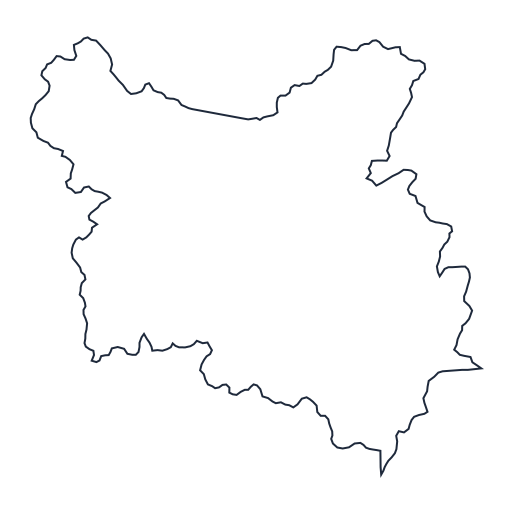 Cachoeiro de Itapemirim, Espírito Santo, Brazil (Albers equal-area conic projection)
{"feature_id": "56859067B37566088489442", "entity_name": "Cachoeiro de Itapemirim", "entity_type": "district", "adm_level": 2, "iso_a3": "BRA", "parent_name": "Brazil", "parent_adm1": "Espírito Santo", "projection": "albers", "projection_center": [-41.196, -20.779], "detail": "fine", "context": "isolated", "style": "outline", "palette": "slate", "viewbox_px": 512, "rotation_deg": 0, "n_neighbors": 0, "source": "geoboundaries", "source_scale": "gbopen_adm2", "svg_char_len": 4938}
<svg xmlns="http://www.w3.org/2000/svg" viewBox="0 0 512 512"><path d="M37.8,137.7L43.5,141.0L48.0,142.7L50.4,145.9L53.9,148.2L58.1,149.0L63.0,151.0L61.8,155.9L65.4,156.8L69.9,160.0L73.5,164.3L72.1,169.6L70.8,173.4L70.6,178.6L66.0,181.9L67.5,187.3L71.4,189.1L75.3,192.9L80.9,192.0L84.0,187.5L88.8,186.5L91.6,189.3L94.7,191.1L98.1,191.7L102.0,192.6L106.6,195.0L110.0,198.0L104.6,201.5L100.7,203.5L97.9,207.5L94.2,210.4L90.9,213.0L88.7,216.0L89.4,219.6L93.3,221.7L97.1,224.3L92.0,227.7L91.6,231.7L89.1,234.6L86.3,237.4L82.6,239.6L79.0,237.4L75.9,239.6L73.3,244.6L72.2,248.2L71.6,252.7L72.8,258.3L76.5,262.7L80.1,267.5L81.3,272.1L84.5,274.9L85.4,279.4L81.8,283.1L80.7,287.2L80.6,290.8L79.7,294.7L83.2,298.1L84.9,302.7L85.5,306.4L83.5,309.9L83.6,314.2L85.6,318.7L87.1,323.3L86.5,329.5L85.4,334.0L85.3,338.7L84.5,343.1L85.8,346.6L89.5,349.2L93.4,350.8L94.0,355.0L91.7,360.7L96.4,362.1L99.5,360.5L101.2,356.1L105.1,355.3L108.7,355.1L110.5,351.9L111.8,348.4L117.7,347.0L124.1,348.8L127.4,353.8L132.3,354.8L135.8,354.8L138.5,352.0L139.5,347.0L139.5,342.8L141.6,337.3L144.0,333.9L146.8,338.8L149.5,342.6L151.5,346.8L152.3,350.7L157.5,350.1L162.4,350.7L167.3,349.1L170.8,347.2L172.7,343.4L175.5,345.9L179.0,347.3L185.1,347.4L190.4,346.2L193.8,344.2L196.8,340.8L202.7,343.2L207.5,342.5L209.6,346.4L211.9,350.2L210.1,354.1L206.6,356.3L204.1,359.8L201.6,364.4L200.1,370.3L203.8,374.1L205.3,379.4L207.9,384.4L212.2,386.2L215.1,388.2L219.0,387.4L222.5,384.9L226.2,384.5L229.4,387.6L229.3,392.6L232.7,394.3L236.6,394.9L240.8,391.8L244.8,389.8L248.2,389.8L250.8,386.8L253.6,384.4L257.0,385.4L260.3,389.2L262.5,396.4L268.1,398.1L272.5,401.5L275.8,403.2L280.9,402.3L285.3,404.6L289.2,405.2L293.3,407.4L297.5,404.4L301.8,398.7L306.6,397.3L309.9,399.3L313.0,401.8L316.6,405.6L317.3,412.0L320.7,415.8L325.1,415.8L328.3,419.3L329.2,423.5L330.6,427.5L332.2,431.4L332.4,435.5L331.2,438.9L332.9,443.5L337.3,447.5L342.7,448.5L349.0,447.3L354.6,443.5L360.4,442.9L363.5,444.9L366.0,447.7L369.4,448.9L372.8,449.5L376.7,450.1L380.4,450.8L380.5,458.4L380.6,467.1L381.2,474.6L383.4,470.7L384.7,467.1L386.4,463.9L388.4,460.7L391.6,457.4L394.9,453.2L396.4,449.2L397.2,441.4L396.2,435.8L398.8,431.2L404.0,432.4L408.6,428.9L409.7,424.8L411.6,420.0L414.1,416.8L419.0,415.0L424.4,413.8L427.5,411.8L425.7,406.5L424.4,402.8L423.4,398.2L427.1,391.3L427.6,386.7L428.7,380.9L434.2,376.8L438.3,372.6L442.6,371.3L461.6,369.9L467.6,369.9L481.3,368.4L477.2,365.5L472.4,362.3L470.5,357.0L464.0,355.8L459.8,354.8L457.3,352.2L454.2,349.7L456.5,345.1L457.6,339.3L460.0,333.6L462.1,330.2L462.2,325.9L465.6,323.2L469.1,318.9L470.6,314.8L472.1,310.6L469.4,306.0L464.2,301.1L464.1,296.3L466.1,291.7L467.8,285.4L469.0,281.5L469.9,277.5L469.5,273.4L468.0,269.3L465.2,266.6L461.4,266.6L457.1,266.9L452.3,267.2L448.4,267.2L444.6,268.9L442.3,272.5L439.7,276.3L437.9,272.1L436.9,266.4L438.8,261.6L440.1,256.5L439.9,251.5L442.5,247.9L444.3,244.5L447.3,241.7L449.5,237.2L449.4,233.5L452.1,231.3L451.2,226.5L446.9,224.1L442.7,223.5L439.2,222.7L435.7,222.3L430.2,220.4L426.7,216.4L424.5,211.6L424.6,207.0L421.6,205.3L417.5,202.9L415.5,196.0L409.7,193.8L407.9,189.6L409.4,185.9L412.4,182.1L415.6,178.8L416.4,174.2L411.4,170.6L407.9,170.0L403.6,169.8L398.6,173.2L392.5,176.1L387.1,179.5L381.6,182.9L376.3,185.6L372.1,180.7L366.6,178.4L370.8,173.1L368.8,168.4L370.8,165.2L371.9,160.9L378.0,160.5L381.5,160.5L386.8,160.7L389.6,156.0L387.1,150.8L388.8,145.5L390.1,138.1L391.0,132.7L393.1,129.9L396.1,127.0L397.0,123.2L399.6,119.4L402.2,115.5L403.7,111.6L406.3,107.6L409.0,103.4L412.0,97.1L411.1,92.9L409.8,88.9L412.0,85.2L413.3,81.0L418.5,79.0L420.4,74.7L423.4,72.3L425.2,69.2L424.5,63.8L419.5,60.6L414.5,60.8L408.9,59.4L405.2,56.0L401.0,53.8L399.8,47.1L395.4,47.3L391.4,48.3L388.0,49.1L383.1,46.7L379.4,42.1L376.1,40.3L372.5,40.8L368.8,43.9L364.6,44.0L360.5,45.7L357.1,50.1L351.2,50.2L345.6,48.0L341.2,47.1L336.6,46.7L334.1,49.8L333.6,54.2L333.2,60.7L331.1,66.7L327.8,69.9L324.7,71.7L321.4,74.8L317.4,75.8L315.2,79.6L311.5,83.1L306.3,83.9L302.8,83.6L299.4,86.0L294.6,85.1L290.9,87.7L289.6,92.6L285.5,95.6L280.5,95.6L277.9,97.8L276.8,102.6L276.8,107.1L277.5,112.4L273.3,115.2L267.3,116.4L263.4,117.4L259.9,119.9L256.5,118.0L252.0,118.8L248.2,119.4L241.4,118.2L192.2,109.1L188.5,108.1L185.1,106.5L181.5,105.0L178.1,100.4L173.7,98.8L170.0,98.6L166.3,98.0L164.2,94.9L161.3,92.7L157.7,92.1L153.5,90.3L151.4,86.7L149.0,83.2L145.3,84.6L143.9,88.1L141.6,91.3L136.2,93.3L131.0,94.0L127.1,90.9L122.9,84.9L118.6,80.6L116.0,77.3L113.6,74.4L110.4,70.9L112.1,64.5L110.7,58.4L108.0,53.6L104.7,50.2L100.5,45.3L96.1,40.6L91.3,39.8L87.7,37.4L83.7,38.6L80.9,41.5L77.8,43.3L73.9,44.9L74.4,50.1L76.3,55.9L73.9,59.8L70.1,60.0L64.6,59.2L60.4,56.5L56.6,56.1L53.8,59.9L51.2,62.8L47.1,64.4L45.6,68.0L42.3,71.2L41.4,75.3L44.8,79.3L48.1,81.7L49.6,85.7L48.7,91.2L45.5,95.1L42.2,98.3L38.8,101.1L35.8,104.2L34.2,109.2L32.0,114.0L30.7,118.0L30.9,122.7L32.4,128.3L36.4,132.3L37.8,137.7Z" fill="none" stroke="#1e293b" stroke-width="2"/></svg>